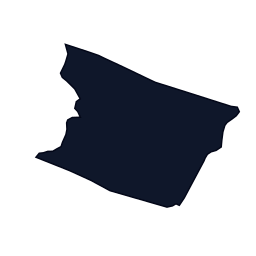 outline of São Benedito do Sul, Pernambuco, Brazil, rotated 116°
{"feature_id": "56859067B38908214593932", "entity_name": "São Benedito do Sul", "entity_type": "district", "adm_level": 2, "iso_a3": "BRA", "parent_name": "Brazil", "parent_adm1": "Pernambuco", "projection": "natural_earth1", "projection_center": [-35.906, -8.816], "detail": "fine", "context": "isolated", "style": "filled", "palette": "ink", "viewbox_px": 256, "rotation_deg": 116, "n_neighbors": 0, "source": "geoboundaries", "source_scale": "gbopen_adm2", "svg_char_len": 836}
<svg xmlns="http://www.w3.org/2000/svg" viewBox="0 0 256 256"><g transform="rotate(116 128 128)"><path d="M175.0,48.0L166.1,46.8L146.3,46.1L124.3,45.3L121.2,45.5L116.8,45.1L113.0,42.9L109.5,39.0L104.2,35.9L97.9,38.3L89.9,41.0L83.2,42.1L79.6,41.4L74.2,38.4L69.6,36.1L64.6,35.1L61.4,38.9L63.4,44.9L70.1,90.7L75.0,123.5L75.1,129.7L75.3,158.2L75.7,180.0L75.7,186.2L76.8,195.4L80.3,220.9L87.7,214.4L95.4,213.1L98.6,212.7L108.3,212.7L111.3,209.2L112.5,203.9L116.2,193.0L122.7,183.7L126.9,186.0L133.7,184.4L135.2,180.4L139.2,175.5L143.0,182.7L147.2,185.7L150.3,185.4L155.9,182.3L161.1,180.9L164.2,180.8L169.6,180.6L174.1,180.0L177.8,182.7L181.9,185.4L184.2,189.9L187.4,193.2L189.6,196.7L194.6,197.9L191.9,161.7L191.3,138.5L192.2,116.7L182.0,58.3L178.5,53.9L175.1,51.7L175.0,48.0Z" fill="#0f172a" stroke="#020617" stroke-width="1.5"/></g></svg>